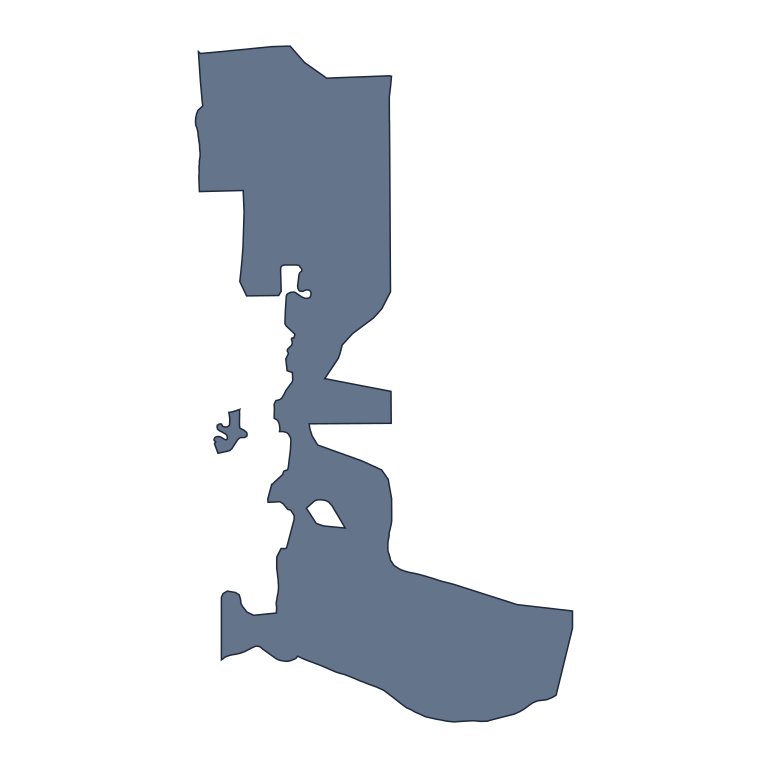 As Safra, Sa`dah, Yemen (Mercator projection)
{"feature_id": "15242507B71056496150063", "entity_name": "As Safra", "entity_type": "district", "adm_level": 2, "iso_a3": "YEM", "parent_name": "Yemen", "parent_adm1": "Sa`dah", "projection": "mercator", "projection_center": [43.803, 16.995], "detail": "fine", "context": "isolated", "style": "filled", "palette": "slate", "viewbox_px": 768, "rotation_deg": 0, "n_neighbors": 0, "source": "geoboundaries", "source_scale": "gbopen_adm2", "svg_char_len": 6048}
<svg xmlns="http://www.w3.org/2000/svg" viewBox="0 0 768 768"><path d="M572.5,611.0L517.1,604.6L457.7,585.6L453.6,584.3L450.2,583.4L443.9,581.8L442.9,581.6L439.6,580.6L437.0,579.8L434.8,579.0L430.9,577.8L428.1,577.0L426.3,576.4L423.8,575.7L421.2,575.0L419.1,574.4L415.7,573.6L413.7,573.2L410.8,572.7L407.4,571.9L402.9,570.5L400.9,569.7L399.3,568.9L396.2,566.9L394.6,565.9L393.4,564.6L392.3,562.8L390.5,560.2L390.0,557.6L389.0,554.0L387.9,551.2L387.9,547.2L387.9,543.2L388.0,541.4L388.8,537.8L389.2,535.1L389.1,533.1L389.4,532.0L389.9,530.1L390.5,527.3L391.3,523.9L391.6,521.5L391.7,521.2L391.7,515.3L391.7,513.1L391.6,498.6L388.2,479.4L381.6,469.9L361.9,460.9L317.7,445.0L312.2,436.0L310.1,429.6L309.1,423.8L391.2,423.3L391.0,391.4L325.2,378.7L324.7,378.7L338.4,358.2L340.0,353.6L342.2,345.0L352.7,333.5L373.5,318.0L381.8,308.8L390.5,291.9L390.2,242.4L389.9,182.5L389.5,121.1L389.4,121.1L389.3,97.0L390.6,86.2L391.5,76.2L389.3,75.8L335.6,77.8L326.7,78.2L304.5,62.5L290.1,46.1L272.2,46.6L215.1,52.2L200.4,53.5L198.4,51.6L198.4,52.0L200.5,82.5L202.1,100.5L202.2,101.6L202.8,105.9L200.2,108.3L198.0,110.3L196.6,113.9L195.8,117.3L195.5,120.3L195.5,122.1L195.7,125.1L196.8,127.7L197.4,130.3L198.0,132.5L198.0,134.3L198.7,139.1L198.9,141.1L199.3,143.1L199.6,145.1L199.6,147.9L199.8,149.9L200.1,152.7L200.1,156.3L199.3,161.3L199.4,163.9L199.0,166.0L199.1,171.4L199.1,173.6L198.9,176.0L198.9,178.6L199.4,191.6L214.3,191.2L243.2,190.5L243.2,191.5L244.1,211.8L243.0,246.6L241.9,261.4L240.8,272.4L239.8,281.6L246.6,295.9L278.7,295.5L281.2,291.2L280.6,270.7L280.7,268.2L280.8,267.3L281.5,266.3L282.5,265.5L283.7,265.1L285.6,265.0L296.4,265.0L298.8,265.4L299.7,266.1L300.1,267.2L301.8,269.1L301.9,270.2L301.5,271.3L300.5,272.1L299.7,272.9L299.0,274.6L297.7,285.3L297.6,285.7L297.8,288.1L298.6,289.8L299.3,290.7L300.3,291.3L302.3,291.4L303.4,291.2L304.4,290.6L306.3,289.9L308.2,289.9L309.8,290.5L310.4,291.5L311.1,292.9L310.9,294.8L310.6,296.1L309.8,297.5L308.7,298.1L307.4,298.3L305.0,298.3L301.7,296.9L297.2,293.8L295.4,292.5L293.4,292.0L290.5,292.4L288.1,293.5L286.8,294.6L286.3,296.2L285.4,310.2L284.9,323.6L286.0,325.7L287.7,327.4L294.5,333.8L294.9,334.2L294.6,335.3L294.2,336.7L293.8,338.2L292.5,337.9L291.7,338.2L291.4,339.2L291.7,340.2L292.2,342.1L292.2,343.9L291.5,345.4L289.9,347.0L288.1,348.6L287.3,349.8L287.4,351.4L288.3,352.8L288.2,354.0L285.8,359.0L286.1,361.5L286.3,363.9L286.6,366.0L286.7,366.9L286.8,368.0L287.1,370.3L287.1,370.7L292.4,372.5L292.7,380.1L292.3,381.7L291.6,382.9L290.7,383.9L289.1,386.1L285.8,390.6L284.9,392.6L283.9,394.5L282.9,396.2L282.8,396.4L281.7,398.1L280.1,399.4L279.3,399.7L277.8,400.2L276.0,400.5L275.6,401.2L274.4,403.6L274.1,404.6L274.3,407.6L274.4,409.9L274.1,418.2L277.5,420.2L277.8,420.8L278.7,422.5L279.4,424.5L279.5,425.8L279.8,427.8L279.9,429.8L279.4,431.4L279.4,431.6L283.2,431.6L286.5,432.5L288.2,433.8L290.3,437.3L290.9,439.7L290.5,449.1L288.2,467.9L287.7,469.4L287.3,470.0L286.6,470.2L285.6,470.4L283.7,471.3L283.6,471.6L283.3,472.4L282.7,474.6L282.2,475.0L281.3,475.8L279.3,477.7L279.2,477.7L277.1,479.7L274.4,482.1L273.9,482.6L272.0,484.7L271.6,484.5L271.3,486.0L268.7,495.5L268.5,496.4L267.7,499.5L268.1,502.3L275.5,502.0L278.0,501.8L280.1,501.8L283.3,503.9L287.7,509.4L290.7,510.1L294.2,515.6L294.1,519.4L286.7,547.5L286.5,548.0L285.0,548.6L281.1,548.5L280.6,549.4L279.0,552.6L278.9,552.8L276.9,556.8L276.8,557.6L276.7,559.9L276.7,562.0L276.7,564.1L276.7,566.1L276.7,568.4L277.0,570.6L277.3,572.6L277.6,575.4L277.8,577.1L278.1,579.2L278.2,581.1L278.3,583.2L278.5,585.2L278.5,587.2L278.4,589.2L278.2,591.5L277.9,593.6L277.4,595.7L277.0,597.8L276.9,598.6L276.8,599.9L276.3,602.0L276.2,604.4L276.5,606.4L276.6,606.5L276.6,608.9L276.4,611.5L276.4,612.0L276.5,613.0L253.7,615.3L246.9,612.0L242.4,606.3L241.0,603.5L240.5,599.2L239.2,594.9L235.5,592.5L227.3,591.1L223.2,593.5L221.4,597.3L221.4,659.9L224.3,657.7L225.8,656.8L226.3,656.5L228.2,655.9L229.5,655.4L232.7,654.7L235.6,654.3L239.2,653.5L241.5,652.8L243.5,652.0L244.6,651.7L250.2,648.7L251.5,648.0L252.5,647.6L254.0,646.9L255.6,646.3L256.7,646.1L258.1,646.3L260.4,646.9L262.4,648.9L266.8,652.0L272.9,656.4L275.5,658.3L278.4,659.9L280.6,660.5L283.0,660.9L285.2,661.2L286.8,661.3L288.5,661.2L289.4,660.9L290.7,660.6L292.0,660.1L293.2,659.6L294.2,659.2L295.6,658.5L296.5,657.8L297.3,656.3L298.3,656.4L301.0,657.8L305.1,659.6L321.1,665.6L329.8,669.4L336.1,672.1L340.1,673.4L344.2,674.4L357.3,679.6L359.1,680.5L362.4,681.7L369.1,684.4L376.4,687.0L381.4,689.2L384.0,690.5L390.9,695.7L400.3,703.1L406.6,707.8L408.3,708.5L411.7,710.1L414.9,712.0L418.9,713.7L425.7,716.8L435.4,719.0L441.1,720.0L445.3,720.9L448.7,721.4L454.5,721.9L462.4,721.3L473.5,720.7L480.4,721.4L487.8,721.2L488.6,720.7L498.9,718.0L506.4,716.1L514.3,714.1L519.6,711.7L522.6,710.0L525.6,708.0L528.0,706.2L529.7,704.9L531.5,703.7L532.7,702.9L534.0,702.3L536.4,701.3L538.3,700.7L544.9,700.0L547.5,699.4L552.2,697.5L556.1,695.2L572.5,628.1L572.5,611.0ZM314.1,501.3L316.3,500.1L320.0,499.7L322.6,500.0L325.4,500.4L328.7,502.0L332.1,505.9L345.2,528.0L343.7,527.9L332.1,526.8L327.1,526.3L323.4,525.9L316.2,523.4L311.7,516.4L306.4,508.2L314.1,501.3ZM231.8,448.8L237.6,439.8L239.1,438.4L240.4,437.6L240.6,437.6L244.0,437.6L244.6,437.5L245.2,437.1L246.3,436.6L246.9,436.0L247.1,434.4L246.7,432.5L244.0,430.2L240.1,428.3L239.8,427.4L239.5,425.5L239.5,420.7L239.5,419.3L239.6,415.2L239.6,413.9L239.5,412.1L239.7,409.6L239.8,409.4L233.1,411.6L230.5,412.2L228.9,412.3L229.8,418.7L229.6,424.0L229.3,425.4L228.5,426.1L227.2,426.9L225.4,427.0L223.2,426.5L222.6,426.1L221.9,424.9L221.5,424.1L221.0,424.0L220.2,423.9L219.3,424.0L217.2,425.3L217.1,427.3L217.6,429.3L220.2,431.2L220.6,431.4L221.9,431.9L222.8,432.5L223.4,432.8L225.8,434.2L226.9,435.4L227.4,437.4L227.2,439.1L226.4,439.7L225.5,439.7L224.3,439.2L220.9,437.1L219.1,436.5L217.1,436.6L215.8,436.9L215.0,437.6L214.3,438.4L214.0,439.8L214.2,440.6L214.5,441.0L215.1,441.2L215.7,441.6L215.6,442.2L215.2,442.8L214.8,443.0L214.6,443.5L214.5,443.8L218.0,453.3L227.8,451.1L229.7,450.6L231.8,448.8Z" fill="#64748b" stroke="#1e293b" stroke-width="1.5"/></svg>